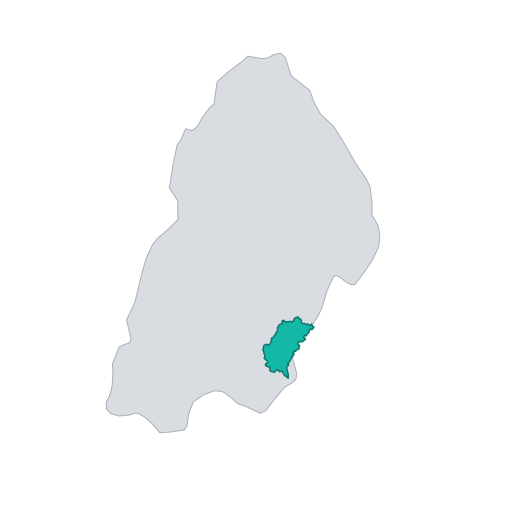 location of Kurtoe, Lhuntshi, Bhutan, rotated 110°
{"feature_id": "84629894B57016809532633", "entity_name": "Kurtoe", "entity_type": "district", "adm_level": 2, "iso_a3": "BTN", "parent_name": "Bhutan", "parent_adm1": "Lhuntshi", "projection": "robinson", "projection_center": [90.998, 27.926], "detail": "fine", "context": "in_parent", "style": "filled", "palette": "teal", "viewbox_px": 512, "rotation_deg": 110, "n_neighbors": 0, "source": "geoboundaries", "source_scale": "gbopen_adm2", "svg_char_len": 7073}
<svg xmlns="http://www.w3.org/2000/svg" viewBox="0 0 512 512"><g transform="rotate(110 256 256)"><path d="M401.2,220.7L400.4,223.8L397.1,232.2L394.9,241.4L396.8,248.9L404.3,257.8L414.4,264.9L427.3,265.4L439.2,262.7L443.9,263.8L450.4,275.7L455.0,286.0L448.8,296.7L445.4,306.0L444.2,312.6L444.9,315.5L448.8,320.8L453.2,330.0L453.9,338.4L451.1,343.9L445.0,346.7L438.5,345.9L433.1,346.0L426.4,347.0L415.8,350.1L406.1,354.1L387.7,353.3L380.4,345.0L376.9,345.0L360.2,355.8L342.0,353.9L308.9,357.5L295.1,358.3L280.9,357.1L273.7,354.8L260.3,347.3L248.2,341.8L235.9,346.8L231.5,347.7L221.6,360.7L200.2,364.9L178.8,368.1L172.5,366.3L160.5,365.6L160.1,362.6L160.4,359.6L157.7,357.3L152.8,354.9L144.4,353.9L133.7,350.7L127.5,347.6L105.6,352.1L92.8,345.3L78.3,335.9L71.0,331.9L68.4,317.4L65.9,312.7L60.2,307.8L57.0,302.1L59.6,296.1L74.1,285.1L75.3,282.5L82.1,261.9L91.4,254.4L100.6,244.0L107.5,227.5L120.9,210.5L135.6,193.1L145.7,178.9L152.4,172.3L166.2,165.2L177.7,161.1L185.7,151.6L195.3,146.3L205.2,143.9L219.9,145.2L233.7,148.6L248.8,153.3L250.5,157.1L249.2,163.9L247.0,170.7L246.9,174.2L249.3,176.1L264.1,177.4L282.2,176.3L292.3,177.3L315.0,183.6L321.6,188.0L328.6,191.4L335.3,190.8L343.9,183.5L352.9,177.3L358.5,176.4L362.5,178.4L369.7,184.3L384.7,189.8L398.0,194.0L402.3,198.0L400.8,215.0L401.2,220.7Z" fill="#d9dde1" stroke="#a8b0b8" stroke-width="1"/><path d="M307.1,207.9L307.1,208.2L307.1,208.4L307.2,208.5L307.8,209.0L308.1,209.1L308.9,209.1L309.0,208.5L309.5,208.4L310.1,208.4L310.8,208.6L311.1,208.9L311.6,209.5L312.2,210.1L312.6,210.4L313.5,210.9L314.3,211.0L315.6,211.1L316.3,211.2L316.7,211.0L317.2,210.9L317.5,210.7L318.1,210.5L318.4,210.5L319.0,210.4L319.6,210.6L320.3,210.6L321.5,210.8L322.0,211.1L323.1,210.9L323.6,211.1L324.1,211.2L324.4,211.6L324.6,211.7L325.4,211.7L326.0,211.9L326.6,212.1L327.0,212.4L327.3,212.8L327.8,213.1L328.6,213.2L328.8,213.1L329.2,213.0L329.4,212.8L329.8,212.6L330.2,212.6L330.8,212.8L331.2,212.7L331.8,212.6L332.3,212.5L332.7,212.5L333.2,212.6L333.6,212.7L333.9,212.9L334.9,213.5L335.6,213.8L335.5,214.0L335.5,214.4L335.5,214.5L335.6,215.1L335.5,215.3L335.4,215.5L335.5,215.8L335.6,216.1L335.8,216.3L335.9,216.8L336.0,217.0L336.4,217.3L336.7,217.5L336.9,217.7L337.1,217.9L337.5,217.9L338.1,217.9L338.3,217.8L339.0,217.9L339.5,217.7L339.8,217.7L340.8,217.5L341.7,217.4L342.4,217.2L342.6,216.8L343.0,216.4L343.1,216.0L343.5,215.6L344.4,215.4L344.8,215.4L345.0,214.9L345.3,214.3L345.8,213.9L346.4,213.6L347.2,213.4L348.0,213.4L348.4,213.3L349.1,213.4L349.5,212.9L350.0,211.8L350.3,211.0L350.6,210.0L350.7,209.3L350.9,209.1L351.4,208.9L352.1,208.9L352.8,208.7L353.3,209.4L353.8,209.9L354.4,210.0L354.8,210.0L355.2,209.7L355.9,209.3L355.9,208.8L355.8,208.3L355.8,207.9L356.0,207.1L356.1,206.5L355.9,205.8L355.6,205.4L355.6,205.2L355.9,204.6L356.3,204.3L356.5,204.4L357.7,204.4L358.1,204.3L358.4,204.0L358.5,203.9L359.3,203.1L359.4,202.5L359.3,201.7L359.1,201.2L359.1,200.8L359.1,200.4L359.1,200.0L359.1,199.6L359.1,199.2L358.9,198.9L358.6,198.6L356.8,198.2L356.5,197.9L356.2,197.3L355.7,196.9L355.4,196.4L355.5,196.1L355.7,195.7L356.0,195.3L356.4,195.1L356.6,194.9L356.6,194.7L356.6,194.1L356.2,193.5L356.0,193.4L355.8,193.1L355.6,192.4L355.5,191.9L355.6,191.6L356.0,191.4L356.4,190.9L356.8,190.4L357.0,190.1L357.0,189.8L357.2,189.5L357.5,189.2L357.9,189.0L358.3,188.8L358.6,188.5L358.6,188.1L358.7,187.7L358.7,187.3L358.6,186.9L358.8,186.6L358.8,185.6L359.3,185.5L359.7,184.9L359.7,184.6L359.7,184.3L359.6,184.0L358.5,184.3L357.3,184.6L356.4,185.5L355.1,185.7L354.9,186.1L354.1,186.9L353.0,187.5L352.1,188.1L351.5,188.3L351.2,188.6L350.8,188.9L350.6,189.0L350.4,189.1L350.1,189.1L349.9,189.1L349.7,189.0L349.0,189.0L348.5,188.8L348.4,188.6L347.9,188.4L347.8,188.2L347.7,188.2L347.2,188.3L346.8,188.5L346.7,188.5L346.3,188.8L345.7,188.9L345.6,189.2L345.7,189.5L345.4,189.5L345.1,189.1L344.8,189.0L343.7,188.2L343.6,188.3L343.1,188.3L342.7,188.4L342.5,188.2L342.4,188.1L342.2,188.0L341.6,187.9L341.0,187.9L340.6,188.0L340.4,188.1L340.1,188.1L339.9,188.2L339.6,188.4L339.2,188.2L338.9,187.7L338.7,187.5L338.5,187.3L338.3,187.0L338.2,186.9L338.0,187.0L337.8,187.3L337.4,187.6L337.2,187.6L336.7,187.3L336.6,187.1L336.3,187.0L335.9,187.0L335.6,186.9L335.4,186.8L335.2,186.7L334.8,186.9L334.6,187.2L334.6,187.5L334.8,187.8L334.7,188.2L334.3,188.3L334.0,188.0L333.4,187.8L333.2,187.9L332.9,187.9L332.6,187.8L332.4,186.8L332.3,186.4L332.1,186.2L332.0,186.3L331.9,186.3L331.7,186.3L331.4,186.3L331.2,186.4L330.7,186.0L330.5,185.9L330.1,185.6L329.9,185.4L329.6,185.1L329.4,184.6L329.3,184.4L329.0,184.1L328.8,183.9L328.6,183.9L328.3,184.1L328.0,184.1L327.6,184.1L327.4,184.1L326.9,184.2L326.6,184.3L326.1,184.2L325.8,184.2L325.6,184.3L325.4,184.5L325.2,184.8L325.1,185.1L325.0,185.3L324.9,185.5L325.0,186.0L324.9,186.3L324.7,186.5L324.2,186.7L324.0,186.9L323.8,187.0L323.6,186.9L323.2,186.9L322.9,186.6L322.8,186.3L322.7,186.2L322.4,186.2L322.0,186.0L321.8,185.7L321.4,185.5L321.4,185.3L321.2,185.2L321.1,184.8L321.1,184.5L321.1,184.1L321.0,183.8L320.9,183.5L320.7,183.3L320.5,182.9L320.2,182.7L319.6,182.5L319.2,182.1L318.8,181.9L318.6,181.8L318.3,181.6L317.9,181.3L317.7,181.2L317.3,181.1L317.2,181.3L317.1,181.5L316.8,181.6L316.5,181.7L316.5,182.0L316.6,182.7L316.6,182.9L316.4,183.1L316.0,183.4L315.8,183.6L315.1,183.6L314.0,183.4L313.8,183.3L314.0,182.8L314.2,182.5L314.2,182.3L314.1,182.0L314.0,181.8L313.9,181.6L313.7,181.5L313.1,181.4L312.8,181.2L312.6,181.3L312.3,181.2L312.1,181.2L311.5,180.9L311.3,181.0L311.0,180.9L310.8,180.7L310.6,180.6L310.1,180.2L309.9,180.1L309.7,180.1L309.2,180.2L308.9,180.1L308.6,180.2L308.3,180.5L308.2,180.5L307.9,180.4L307.7,180.4L307.3,180.4L307.1,180.3L306.8,180.2L306.1,180.0L305.9,179.8L305.7,179.4L305.8,179.0L306.1,178.7L306.1,178.4L306.0,178.2L305.7,178.1L305.4,178.1L304.9,178.0L304.6,178.0L304.2,177.9L303.9,177.3L303.7,177.2L303.0,177.4L302.8,177.5L302.7,178.0L302.7,178.6L302.5,178.9L302.1,179.2L301.9,179.5L301.8,179.9L301.5,180.4L301.2,180.5L301.4,180.6L301.9,180.8L302.7,181.2L302.8,181.5L302.6,181.9L302.5,182.1L302.4,182.3L302.4,182.8L302.4,183.0L302.4,183.3L302.3,183.7L302.3,184.1L302.4,184.5L302.5,184.8L302.9,185.0L303.1,185.2L303.3,185.4L303.3,185.6L303.2,186.3L303.0,186.8L302.8,187.1L302.8,187.4L302.8,187.6L303.1,187.9L303.3,188.4L303.4,188.6L303.4,189.0L303.3,189.3L303.1,189.8L302.8,190.7L302.6,190.8L302.2,190.9L302.0,191.0L301.4,191.3L300.9,191.5L300.7,191.9L300.0,192.6L300.0,192.8L300.2,193.1L300.4,193.3L300.4,193.6L300.3,193.9L300.1,194.2L299.0,195.4L298.9,195.6L299.0,195.9L299.2,196.2L299.6,196.6L299.9,196.9L300.2,197.2L300.4,197.4L300.7,197.9L300.9,198.1L301.3,198.4L301.5,198.5L301.7,198.4L302.0,198.4L302.2,198.5L302.4,198.4L303.0,198.5L303.4,198.6L303.6,198.7L303.9,198.8L304.3,198.7L304.6,198.7L305.1,199.2L305.7,199.5L305.8,199.7L305.8,200.0L305.6,200.3L305.5,200.5L305.6,200.8L305.8,201.4L305.9,201.9L306.0,202.1L306.1,202.3L306.5,202.8L306.6,203.0L307.0,203.9L307.0,204.1L307.1,204.4L307.6,205.1L307.7,205.3L307.7,205.5L307.8,206.5L307.8,206.8L307.6,207.0L307.4,207.1L307.2,207.3L307.1,207.5L307.1,207.9Z" fill="#14b8a6" stroke="#0f766e" stroke-width="1.5"/></g></svg>